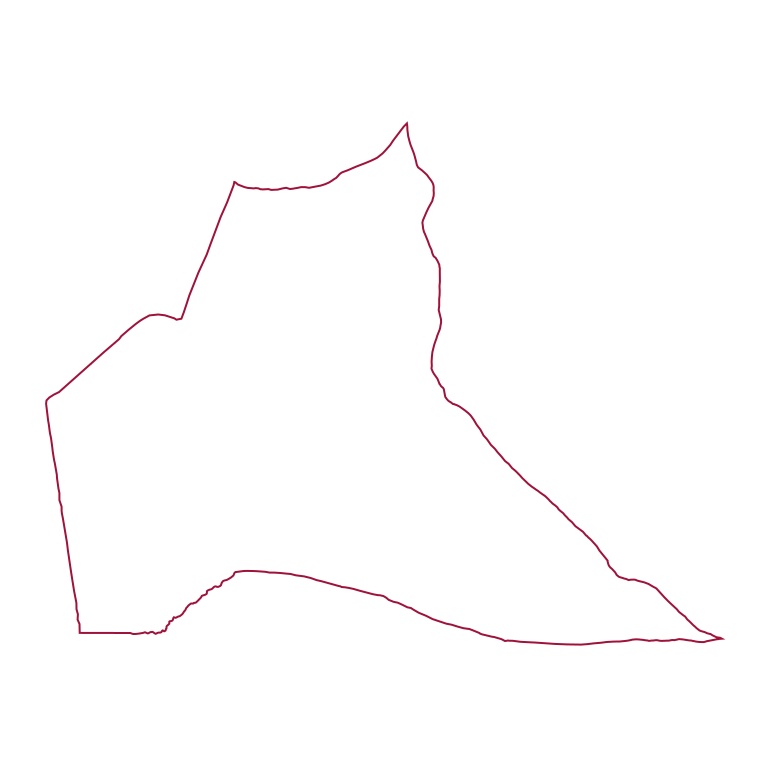 the district of Tesseney, Gash Barka, Eritrea
{"feature_id": "51966322B94022775351360", "entity_name": "Tesseney", "entity_type": "district", "adm_level": 2, "iso_a3": "ERI", "parent_name": "Eritrea", "parent_adm1": "Gash Barka", "projection": "albers", "projection_center": [36.702, 15.181], "detail": "fine", "context": "isolated", "style": "outline", "palette": "rose", "viewbox_px": 768, "rotation_deg": 0, "n_neighbors": 0, "source": "geoboundaries", "source_scale": "gbopen_adm2", "svg_char_len": 6092}
<svg xmlns="http://www.w3.org/2000/svg" viewBox="0 0 768 768"><path d="M234.3,182.0L233.6,185.3L227.1,202.4L220.6,217.1L210.0,245.5L206.7,254.6L198.4,272.6L189.3,295.5L186.6,303.9L183.8,312.3L181.4,318.7L176.4,319.7L174.5,318.4L164.9,315.3L158.3,314.5L149.5,315.4L143.4,318.7L140.2,320.7L135.7,324.0L129.3,329.2L121.3,336.1L119.1,339.1L103.5,352.5L59.0,392.1L53.7,394.7L49.2,397.6L46.5,400.4L46.1,403.7L48.1,420.3L48.9,425.0L49.7,431.3L50.1,433.9L50.7,436.5L51.1,438.6L52.3,447.5L52.7,451.2L54.0,459.5L54.9,463.7L56.8,474.6L57.0,478.0L58.5,488.8L59.4,493.0L59.4,500.1L61.6,506.7L61.6,510.7L61.9,513.4L62.9,518.4L67.0,542.8L67.9,550.4L70.9,570.8L72.3,579.8L74.1,591.0L76.4,602.9L76.5,609.2L77.9,614.3L77.6,619.6L79.5,624.0L79.7,632.9L130.3,633.0L132.4,633.8L133.3,634.0L135.4,634.0L138.9,633.6L143.1,632.9L144.8,632.3L145.7,632.5L146.4,632.9L147.8,633.4L148.5,633.2L149.7,632.5L150.6,632.1L152.4,631.9L153.1,632.2L154.8,633.4L155.7,633.8L157.8,632.8L158.5,632.6L160.1,632.6L161.3,632.2L161.9,631.3L162.2,630.7L162.8,630.4L164.1,631.3L164.7,631.1L165.6,630.5L165.9,629.0L166.4,628.6L166.5,627.6L166.5,626.7L166.9,625.9L168.0,625.0L169.3,623.7L169.3,621.7L169.9,621.2L171.0,621.1L171.8,620.9L172.7,620.1L173.0,619.4L173.3,618.1L173.9,617.3L174.7,617.5L175.3,617.8L176.2,617.6L178.0,616.6L179.0,616.4L180.0,616.0L181.7,614.7L182.7,613.7L184.3,611.2L184.9,610.7L185.6,609.6L186.0,608.5L186.5,607.7L187.2,607.1L188.3,605.6L190.8,603.6L191.7,603.5L193.2,603.5L193.9,602.9L194.7,602.9L196.0,602.5L197.6,601.0L201.0,597.5L201.8,595.9L202.7,595.5L203.7,595.3L204.3,595.0L205.1,594.8L206.5,594.0L206.9,593.1L206.9,591.2L207.6,590.6L209.4,589.7L211.2,589.3L212.2,588.7L213.9,587.0L215.1,586.4L215.9,586.4L216.8,586.8L217.7,586.9L218.4,586.8L220.3,585.9L220.9,585.3L221.7,582.9L222.8,581.4L223.3,580.9L225.2,580.3L226.6,580.0L227.7,579.5L230.0,578.1L230.6,577.8L233.4,575.5L234.5,572.9L235.4,572.1L243.7,571.0L247.6,570.9L250.3,571.0L252.9,571.0L256.9,571.2L265.4,571.8L269.6,572.6L274.2,572.6L280.4,573.0L285.3,573.5L290.7,574.0L295.8,575.3L304.2,576.4L310.7,578.0L316.6,580.1L321.4,581.2L326.1,582.5L334.4,584.8L338.7,586.0L340.3,586.3L341.6,587.0L345.0,587.3L348.7,587.9L353.4,588.9L360.0,590.8L372.9,594.2L377.6,595.1L380.3,595.3L383.5,596.1L386.2,597.7L388.6,599.8L393.5,601.8L397.8,602.7L402.4,604.8L407.4,607.3L410.9,608.0L413.0,609.4L418.6,612.7L426.1,615.8L432.6,619.1L446.4,623.7L451.6,624.7L457.3,626.5L463.4,628.2L469.3,629.0L472.8,630.3L479.6,633.1L480.0,633.6L481.9,634.3L491.9,636.7L494.1,637.0L501.0,639.0L502.4,639.6L504.9,641.0L505.5,640.9L506.7,640.8L507.4,640.6L508.1,640.5L508.8,640.7L512.9,640.8L520.5,641.8L531.7,642.4L534.4,642.5L554.6,643.9L567.2,644.4L581.0,644.6L587.7,644.1L593.4,643.4L601.4,642.7L606.7,642.0L613.4,641.6L619.8,641.5L625.9,640.9L629.2,640.4L632.5,639.6L636.4,639.3L639.3,639.5L642.3,639.8L643.9,640.0L645.5,640.3L647.1,640.4L649.1,640.9L651.1,640.6L653.3,640.5L655.7,640.2L657.3,640.2L658.8,640.6L661.3,640.9L666.3,640.7L668.5,640.7L672.1,640.0L673.9,640.1L674.6,640.1L679.1,639.1L682.7,639.4L688.4,640.3L691.5,640.6L693.1,641.0L694.4,641.2L695.6,641.5L697.0,641.7L699.6,642.0L703.7,642.1L704.6,641.9L706.8,641.2L708.4,640.9L715.7,639.5L716.5,639.3L717.7,639.2L719.5,638.9L721.9,638.7L720.2,637.8L716.6,637.3L712.3,635.2L710.5,634.0L709.6,633.9L706.7,633.1L705.5,632.4L703.3,631.7L701.1,631.1L699.4,630.4L696.5,628.1L695.2,626.8L693.5,625.4L689.5,621.4L687.2,619.4L685.2,616.6L682.9,615.0L678.9,611.8L676.8,609.2L671.6,604.4L668.2,601.2L664.3,597.2L656.6,588.7L655.4,587.8L654.0,587.2L648.4,583.9L644.1,582.3L637.9,580.8L635.1,579.7L633.6,579.6L630.6,579.7L628.7,580.1L626.0,578.9L624.4,578.6L622.4,577.9L619.3,577.0L618.3,576.3L616.7,575.0L615.2,572.4L612.0,568.9L610.2,567.4L608.9,565.6L608.3,564.1L607.6,561.5L607.6,560.6L599.6,550.8L596.9,546.4L591.7,540.6L590.0,538.9L588.2,537.4L587.1,536.1L586.0,535.4L583.1,531.9L575.4,526.2L572.0,522.2L568.5,519.2L567.2,517.6L564.7,515.1L563.4,513.4L560.1,510.7L558.7,509.4L557.3,507.3L555.5,505.7L552.4,503.4L550.8,501.7L550.4,501.5L548.6,499.4L545.4,496.3L540.4,492.8L538.0,490.9L536.0,489.6L533.9,488.1L531.3,486.3L528.3,483.9L522.3,478.1L520.2,475.7L516.0,471.4L514.2,469.8L512.1,468.1L508.7,463.9L505.0,461.0L501.4,456.5L497.6,452.3L494.8,448.7L491.0,445.0L487.1,439.4L483.5,435.4L480.4,429.6L476.7,424.8L475.7,423.1L473.7,419.7L470.6,415.4L468.4,413.2L464.9,410.4L459.6,406.6L456.5,405.0L455.0,404.6L454.5,404.2L453.0,404.0L451.5,402.9L450.7,402.2L449.5,401.6L448.3,400.7L447.8,400.2L446.6,398.8L445.3,396.9L444.8,394.5L443.9,389.5L443.6,388.7L443.1,387.9L441.7,386.8L440.7,385.7L440.0,384.3L439.5,384.0L438.5,381.3L437.4,378.7L434.0,373.9L432.8,371.8L431.6,369.0L431.5,368.3L431.8,366.1L431.6,361.5L431.9,356.6L432.4,352.1L434.1,345.2L435.1,342.1L436.5,338.3L437.2,335.8L439.5,330.1L440.2,327.7L440.5,325.5L441.1,322.6L441.0,319.4L438.7,309.9L439.2,305.9L439.2,299.0L439.6,295.2L439.7,290.8L439.5,286.2L439.9,281.7L439.8,271.6L439.8,268.2L439.4,266.4L439.3,264.8L437.5,260.9L435.7,257.9L433.7,256.3L432.7,254.2L432.1,252.5L431.5,249.9L429.6,245.9L427.8,240.9L424.8,233.6L424.1,232.2L423.7,230.9L423.1,228.4L422.8,225.6L422.4,222.7L422.9,220.4L426.5,212.0L428.5,207.8L430.6,204.0L431.8,201.9L432.4,200.7L432.6,199.5L433.6,196.1L433.8,193.2L433.6,190.5L433.7,187.2L433.4,185.0L432.6,182.9L431.2,180.6L428.9,177.6L427.1,175.1L425.7,173.7L421.7,170.1L418.1,167.4L416.8,164.8L416.1,161.5L414.4,155.1L413.4,152.1L410.6,145.0L409.6,141.7L408.7,138.2L408.2,136.2L407.4,129.9L407.3,126.5L406.9,123.4L403.7,126.7L400.7,130.6L393.2,140.5L390.2,145.0L385.0,150.9L382.4,153.6L377.2,157.7L374.3,159.2L370.6,160.9L365.3,163.1L355.7,166.8L347.9,170.2L342.2,172.3L340.9,173.1L339.5,174.2L338.5,175.4L336.3,177.8L334.0,179.2L331.6,180.9L328.8,182.6L325.1,184.2L320.7,185.6L315.3,186.6L309.1,187.8L304.9,187.1L301.2,187.1L297.5,187.9L295.0,188.3L292.9,188.7L290.0,189.0L286.1,187.8L282.1,188.5L277.8,189.6L271.2,189.9L268.5,189.1L262.9,189.4L260.3,189.2L258.5,188.4L257.0,188.2L255.5,188.1L254.0,188.4L247.7,187.9L244.5,187.1L238.0,184.6L235.6,182.5L235.0,182.2L234.3,182.0Z" fill="none" stroke="#9f1239" stroke-width="2"/></svg>